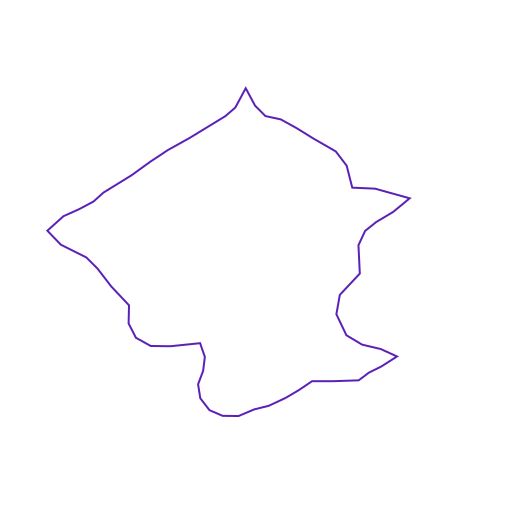 outline of Nova Guataporanga, São Paulo, Brazil, rotated 132°
{"feature_id": "56859067B54757291963990", "entity_name": "Nova Guataporanga", "entity_type": "district", "adm_level": 2, "iso_a3": "BRA", "parent_name": "Brazil", "parent_adm1": "São Paulo", "projection": "orthographic", "projection_center": [-51.644, -21.32], "detail": "fine", "context": "isolated", "style": "outline", "palette": "violet", "viewbox_px": 512, "rotation_deg": 132, "n_neighbors": 0, "source": "geoboundaries", "source_scale": "gbopen_adm2", "svg_char_len": 881}
<svg xmlns="http://www.w3.org/2000/svg" viewBox="0 0 512 512"><g transform="rotate(132 256 256)"><path d="M236.3,84.0L241.7,101.1L250.9,117.9L254.4,135.8L245.5,157.3L228.8,167.7L199.6,167.1L179.4,187.1L164.3,191.7L150.3,189.4L131.6,183.6L110.3,180.4L126.3,212.6L140.8,230.2L128.2,249.1L124.9,266.7L130.3,291.9L133.8,311.3L137.9,329.0L145.7,342.6L144.9,357.3L138.2,375.9L159.5,370.7L172.7,372.4L212.6,384.3L236.3,392.4L256.5,397.6L279.2,402.5L311.0,411.8L324.2,413.2L340.1,419.0L355.2,425.7L376.8,428.0L378.2,408.6L370.6,381.1L371.4,365.4L375.5,343.2L377.6,317.4L391.4,305.5L397.1,290.5L393.3,274.0L380.3,259.2L358.2,239.2L365.2,226.5L376.8,218.4L390.1,213.2L399.0,202.2L401.7,187.4L397.1,173.8L386.6,161.9L371.2,154.7L358.8,146.3L341.5,139.0L326.9,134.4L311.6,130.6L297.8,115.3L279.7,96.5L267.3,94.1L254.1,88.9L236.3,84.0Z" fill="none" stroke="#5b21b6" stroke-width="2"/></g></svg>